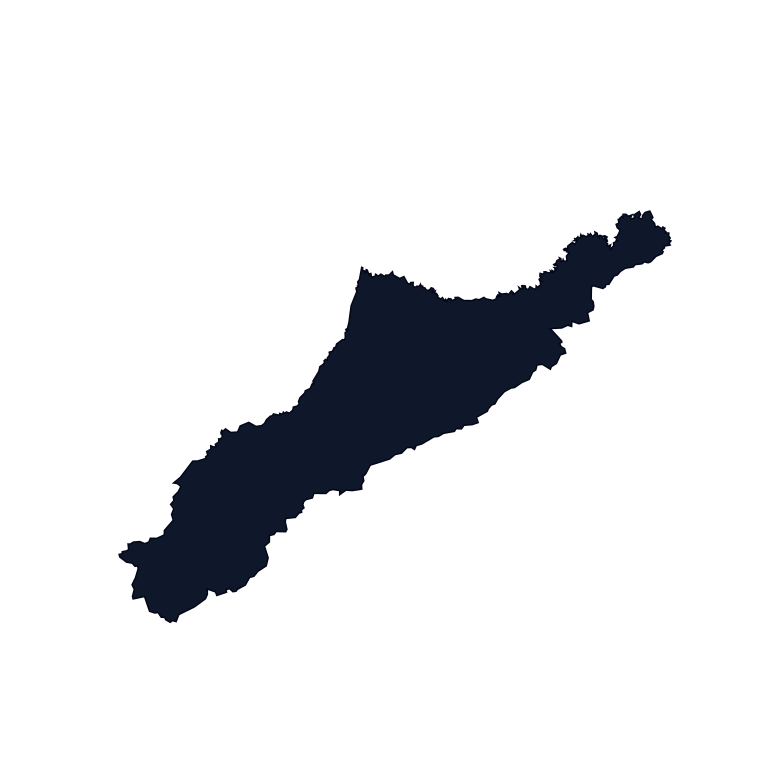 outline of Dok Khamtai, Phayao, Thailand, rotated 62°
{"feature_id": "78962969B85814528086479", "entity_name": "Dok Khamtai", "entity_type": "district", "adm_level": 2, "iso_a3": "THA", "parent_name": "Thailand", "parent_adm1": "Phayao", "projection": "orthographic", "projection_center": [100.017, 19.127], "detail": "fine", "context": "isolated", "style": "filled", "palette": "ink", "viewbox_px": 768, "rotation_deg": 62, "n_neighbors": 0, "source": "geoboundaries", "source_scale": "gbopen_adm2", "svg_char_len": 6111}
<svg xmlns="http://www.w3.org/2000/svg" viewBox="0 0 768 768"><g transform="rotate(62 384 384)"><path d="M453.4,486.7L452.3,482.4L453.2,478.6L457.4,473.1L460.9,475.1L459.9,467.3L463.2,462.1L466.4,453.0L462.3,451.1L460.0,447.3L455.8,446.0L454.8,442.4L449.2,434.3L452.9,414.1L451.5,407.4L453.3,401.0L451.0,393.6L452.9,389.6L456.1,387.8L453.5,384.5L454.7,378.8L454.1,364.8L455.8,360.6L455.5,354.6L458.9,344.1L457.3,341.3L460.0,336.7L458.0,332.7L461.3,325.2L462.3,318.9L456.8,318.0L456.6,305.6L454.9,303.6L453.1,299.0L453.6,295.4L450.6,290.8L447.3,281.3L447.2,273.7L448.4,270.5L447.4,261.4L448.1,253.6L443.2,247.1L442.9,243.5L439.1,240.0L441.0,234.9L449.1,230.2L447.3,228.1L446.8,222.1L441.1,214.6L442.1,209.1L437.6,208.0L434.3,210.0L430.7,210.0L430.6,207.3L429.3,207.0L413.1,211.2L418.0,200.7L418.4,194.2L421.3,191.3L416.8,188.7L422.4,183.6L424.6,173.2L416.6,170.8L416.7,164.6L414.0,162.3L409.7,160.7L406.5,161.3L395.7,155.3L395.5,153.1L402.4,145.9L402.2,143.2L400.3,141.2L401.6,138.7L396.7,130.2L397.3,126.7L395.6,122.5L395.1,116.5L397.7,109.0L396.5,106.2L399.0,99.8L398.4,96.7L401.0,93.9L401.3,91.1L399.0,83.9L399.5,77.1L398.2,75.4L396.1,75.9L395.5,72.5L393.9,71.7L395.7,66.1L393.6,66.2L392.4,63.4L390.6,64.9L389.4,62.7L387.0,63.2L384.4,61.6L382.7,64.7L382.0,63.6L379.8,64.5L378.3,62.8L376.3,64.1L377.4,65.8L373.2,68.1L372.9,70.7L369.0,69.7L364.2,70.9L363.2,68.4L356.1,68.1L355.1,72.9L356.7,76.6L359.5,78.5L356.9,81.2L354.7,77.8L351.5,77.7L352.1,84.1L354.7,84.4L354.6,87.9L352.9,88.2L351.1,85.5L350.6,89.4L347.7,90.7L346.4,93.3L348.9,94.5L347.6,95.2L348.5,98.6L349.6,98.9L348.8,100.0L352.2,101.0L352.0,104.1L355.6,104.7L358.4,103.5L360.0,104.4L363.2,108.8L363.0,111.3L365.0,110.2L366.2,111.6L367.3,110.5L367.1,115.1L369.8,116.2L370.7,119.4L372.1,119.9L370.7,121.4L367.5,118.6L367.5,121.4L366.2,121.9L365.4,120.7L363.0,121.4L362.8,119.9L360.8,120.7L361.6,119.5L359.6,119.4L359.0,118.0L356.7,119.5L356.4,120.9L359.2,120.2L359.2,122.4L355.4,122.3L354.3,123.3L355.4,124.6L353.5,123.9L354.6,124.6L353.8,125.9L351.0,125.0L348.8,126.4L350.6,126.9L351.8,130.7L348.3,131.1L349.1,132.0L347.4,133.4L348.6,133.6L348.9,136.4L346.1,138.4L346.6,140.0L344.5,140.0L347.0,142.1L346.4,143.7L345.0,143.7L346.1,146.5L344.5,147.8L346.8,146.6L346.7,148.9L348.2,146.5L350.2,149.5L347.5,151.4L348.5,157.0L350.8,158.4L349.4,160.0L349.4,162.2L350.8,162.2L351.0,160.2L352.9,160.8L354.9,158.7L356.7,162.9L361.1,164.6L360.3,167.5L358.2,167.4L359.3,168.6L358.8,170.2L356.3,168.9L354.9,169.9L356.5,170.3L356.1,173.2L358.1,175.5L358.2,178.1L359.9,177.6L359.9,175.7L361.0,175.6L362.6,177.1L361.3,179.0L363.8,178.3L363.4,179.5L364.4,179.9L364.6,181.2L362.8,182.2L364.5,182.7L362.3,183.9L363.7,184.2L363.6,186.1L360.7,188.7L360.1,190.1L361.5,190.7L361.4,192.4L359.6,194.2L361.9,195.8L363.3,194.9L364.4,197.9L366.2,198.1L367.3,196.7L367.3,198.0L370.6,199.7L370.2,201.1L371.2,202.5L368.8,203.6L370.5,204.5L371.1,206.6L366.6,209.4L368.4,212.3L366.2,214.0L363.8,213.2L363.1,214.0L364.2,215.7L362.3,215.2L361.9,216.3L364.7,217.1L364.7,218.2L362.0,219.5L364.4,219.8L365.9,227.1L365.3,228.1L364.4,226.9L361.6,227.7L363.4,232.0L361.6,233.3L359.8,238.0L357.3,239.5L360.5,240.5L358.2,241.8L360.5,241.5L359.4,243.1L361.5,245.2L361.3,248.5L356.6,254.1L354.4,255.1L354.3,260.3L352.0,263.2L351.7,267.1L347.8,274.3L342.3,277.8L341.0,280.6L342.7,281.0L342.2,284.8L340.2,285.0L338.8,287.0L340.4,289.7L338.2,289.8L339.3,291.4L335.1,291.9L335.6,293.9L332.4,296.1L331.6,295.0L328.5,295.2L327.5,296.8L325.8,295.0L325.5,298.2L324.1,297.5L324.1,295.6L322.7,295.7L321.2,297.2L322.3,299.5L321.5,302.4L318.3,302.8L317.1,304.4L315.7,303.9L315.2,305.1L313.0,304.9L314.3,306.7L313.0,309.4L313.5,311.2L310.9,312.3L308.0,310.5L306.9,312.8L308.0,314.3L306.2,315.9L298.5,316.0L298.2,320.6L292.0,324.6L288.8,323.8L290.2,328.3L288.6,331.4L289.5,332.8L285.5,335.2L286.1,338.4L282.5,340.1L284.1,340.0L284.6,341.9L283.7,344.8L280.2,343.7L279.9,345.1L281.6,346.1L275.5,345.3L274.7,346.0L277.0,347.3L276.6,348.7L275.7,347.4L273.6,349.6L271.4,348.2L270.5,348.9L280.3,356.7L281.5,359.3L285.2,360.5L285.0,361.4L286.3,361.6L286.1,363.7L289.6,364.6L299.4,376.2L313.1,386.0L317.8,390.2L317.9,391.6L319.1,390.8L318.7,392.2L320.1,392.1L320.4,394.2L325.4,396.7L326.3,398.4L325.3,399.7L326.4,407.1L328.8,409.3L328.5,411.1L330.9,414.0L330.2,417.5L332.6,418.2L334.5,421.9L336.5,422.9L334.8,424.1L335.4,426.1L336.7,426.1L338.0,428.1L338.6,432.5L342.3,435.7L348.1,445.4L349.2,444.8L350.3,445.4L349.8,446.5L351.1,446.6L350.4,447.7L353.3,451.2L353.0,456.7L354.6,458.0L356.7,464.7L359.4,467.8L362.0,468.3L362.7,471.1L361.8,474.9L364.1,476.6L365.4,481.1L362.9,483.3L363.2,485.6L361.6,486.1L363.0,487.8L361.0,489.9L362.6,490.8L358.5,495.7L359.7,497.6L359.0,499.3L360.3,504.5L362.7,508.0L363.3,511.7L361.3,517.0L354.4,521.4L353.5,530.7L357.7,535.8L354.8,542.1L349.2,545.0L350.1,548.2L348.7,548.9L350.2,550.8L351.8,551.2L351.8,550.2L355.0,551.9L355.7,554.2L354.8,555.7L357.6,557.1L358.1,561.3L360.4,561.6L359.8,563.8L357.2,566.0L360.2,567.4L360.4,572.3L364.1,573.0L364.5,575.7L366.2,575.8L364.5,584.7L362.3,589.1L370.8,607.6L372.6,616.3L374.7,613.4L379.1,611.4L382.5,616.2L384.7,623.2L388.2,624.1L390.1,628.9L395.5,628.2L399.4,632.8L405.3,634.0L410.2,646.7L414.1,648.9L413.6,657.1L410.5,662.7L413.1,665.8L412.7,670.1L408.4,673.7L405.9,679.5L406.2,683.2L405.1,685.1L410.1,687.1L410.6,689.2L409.2,693.8L410.9,695.0L410.1,697.9L412.8,698.5L420.4,695.0L424.0,690.4L428.1,689.5L429.0,686.9L431.8,687.9L438.4,694.4L443.0,700.7L448.1,700.9L453.6,705.9L456.0,706.4L459.2,695.2L474.6,697.7L478.6,693.9L479.7,690.8L485.4,690.2L487.1,687.2L489.7,687.4L494.1,684.6L493.6,681.8L496.2,679.1L491.3,673.4L491.8,656.0L489.8,642.5L486.9,638.8L482.1,636.2L488.5,630.4L492.2,630.9L493.9,620.8L491.7,620.2L492.0,616.6L496.5,614.9L497.5,611.9L496.5,609.9L496.4,600.8L491.7,593.5L492.7,589.1L490.2,583.3L489.3,573.4L483.1,567.9L471.1,565.7L469.7,559.4L464.0,556.3L465.2,551.8L463.6,548.4L468.3,540.2L466.8,538.0L459.3,535.9L456.6,533.8L460.2,524.9L458.1,519.8L458.6,516.9L456.4,516.1L455.8,512.8L452.6,512.4L450.4,510.4L449.4,507.5L451.0,500.7L447.6,497.3L453.4,486.7Z" fill="#0f172a" stroke="#020617" stroke-width="1.5"/></g></svg>